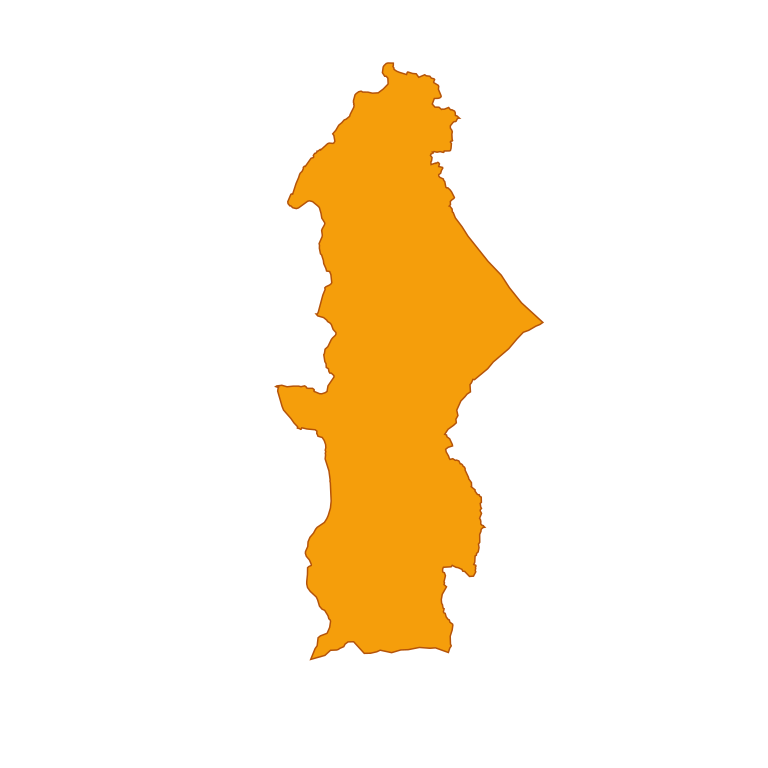 South East Malekula, Malampa, Vanuatu, rotated 232°
{"feature_id": "77236927B5490091431503", "entity_name": "South East Malekula", "entity_type": "district", "adm_level": 2, "iso_a3": "VUT", "parent_name": "Vanuatu", "parent_adm1": "Malampa", "projection": "albers", "projection_center": [167.679, -16.314], "detail": "fine", "context": "isolated", "style": "filled", "palette": "amber", "viewbox_px": 768, "rotation_deg": 232, "n_neighbors": 0, "source": "geoboundaries", "source_scale": "gbopen_adm2", "svg_char_len": 6171}
<svg xmlns="http://www.w3.org/2000/svg" viewBox="0 0 768 768"><g transform="rotate(232 384 384)"><path d="M132.8,269.4L135.4,273.3L136.1,275.5L136.7,276.0L137.9,276.1L144.5,280.9L148.2,286.3L151.5,289.7L152.5,290.2L155.8,289.3L157.9,290.2L158.9,289.6L162.2,289.6L165.6,291.0L166.4,290.4L167.9,290.5L169.9,293.0L170.7,292.6L171.7,292.9L174.1,294.2L175.7,294.4L178.8,296.4L182.4,300.4L185.7,308.4L189.0,307.8L190.1,309.3L191.1,309.4L195.1,314.4L198.1,315.4L199.2,314.7L200.2,314.8L202.2,316.4L203.0,318.0L198.6,324.4L199.1,326.1L195.2,327.9L193.7,329.3L189.9,331.3L188.1,330.8L186.6,332.2L179.7,332.9L177.5,336.2L179.5,340.7L180.9,341.1L182.2,342.7L183.4,343.3L183.9,344.4L184.7,344.7L186.5,343.6L187.7,345.8L192.4,349.9L192.2,351.4L193.5,352.6L193.7,354.8L196.5,358.1L199.7,359.9L200.3,362.0L206.6,366.8L208.1,369.6L209.7,371.1L209.9,373.6L209.1,375.2L210.6,374.9L211.1,375.1L212.5,374.2L214.2,374.1L216.1,375.7L217.8,376.5L219.3,376.6L222.0,381.2L224.8,381.7L225.5,382.3L226.0,384.3L227.3,384.4L230.7,386.3L230.8,387.9L235.0,391.0L236.4,390.4L238.2,390.8L238.7,390.1L239.9,389.6L243.6,389.8L244.4,390.6L249.4,389.5L249.5,390.1L252.5,392.2L257.1,392.4L258.4,393.1L266.2,394.9L267.3,395.8L268.9,396.2L270.7,395.7L271.8,396.0L273.3,395.8L274.1,395.0L277.3,395.6L279.4,394.3L279.9,393.2L282.8,392.2L283.9,389.6L285.6,389.8L287.4,390.5L292.2,391.2L294.6,392.4L294.6,395.6L293.0,399.9L294.3,400.6L300.4,402.0L303.7,401.1L305.3,401.9L307.0,400.9L308.9,406.7L308.6,413.4L308.9,417.1L312.0,419.0L313.6,422.8L318.6,425.2L323.3,434.1L324.2,440.3L324.9,443.2L324.6,447.3L330.6,451.4L331.1,453.6L332.9,456.9L331.7,458.0L332.2,475.1L334.1,483.7L335.0,504.0L337.6,516.3L339.0,525.6L337.2,531.1L336.1,539.2L334.9,543.5L334.7,547.1L363.3,542.3L382.8,542.1L397.6,543.4L416.4,541.5L448.9,541.2L459.8,542.3L471.0,542.5L476.5,544.1L477.5,543.8L480.0,545.4L483.6,545.4L484.1,545.0L484.4,546.8L487.0,548.6L487.3,550.6L487.2,553.3L487.6,554.3L493.7,555.5L496.1,555.6L499.3,555.1L499.9,554.2L501.0,553.9L506.1,556.5L507.8,556.4L509.0,557.0L512.5,555.2L514.2,555.2L515.3,556.0L515.2,558.4L516.9,560.7L517.9,563.2L518.6,563.5L521.7,561.0L523.3,563.2L525.0,563.2L525.7,562.6L525.8,560.7L526.4,560.6L527.9,556.2L530.2,557.7L530.5,558.8L532.9,561.3L535.5,561.3L536.3,562.6L536.0,563.4L536.3,564.2L535.9,564.7L536.7,565.0L536.1,565.3L536.4,566.5L534.0,568.5L532.6,571.3L530.0,573.3L529.9,574.1L530.5,574.7L530.4,575.1L527.5,578.9L527.1,580.1L528.5,582.0L532.0,585.2L533.8,585.2L534.2,585.9L533.5,587.5L533.6,587.9L534.8,588.3L539.1,591.3L540.7,593.1L542.3,593.7L544.7,593.8L546.6,595.2L547.6,599.3L547.6,600.7L546.8,601.9L546.7,602.7L547.8,604.8L547.8,606.1L547.0,607.1L550.2,606.6L551.6,605.6L554.0,607.2L555.6,607.6L558.4,606.3L558.7,605.6L559.6,605.2L562.1,605.2L563.5,600.5L564.5,599.5L564.9,598.4L568.3,597.7L570.8,594.6L574.9,594.4L578.0,599.4L575.8,602.5L575.1,604.1L575.2,605.9L576.2,606.5L582.7,608.3L584.9,610.4L586.0,610.6L590.8,608.8L591.4,609.0L592.7,611.3L593.7,611.3L595.9,609.6L598.3,609.6L600.9,607.0L602.6,606.5L604.3,600.2L608.6,600.4L611.1,597.7L615.2,594.9L615.2,594.1L614.0,592.3L620.0,588.1L622.6,586.6L625.7,585.6L627.0,586.4L628.7,586.5L629.2,587.4L631.1,588.9L634.5,584.8L635.2,583.1L634.9,580.1L634.3,578.5L630.3,574.4L626.1,574.0L625.1,575.2L622.6,575.3L618.2,572.2L617.8,571.5L616.9,565.1L617.0,558.7L620.3,553.9L623.8,551.1L627.2,546.9L628.5,546.5L629.0,546.0L629.9,543.9L630.0,540.9L629.7,539.2L626.1,534.4L624.4,533.1L623.6,533.0L622.9,532.2L622.1,532.1L620.7,530.6L617.3,523.4L616.1,521.7L616.0,517.2L616.6,515.2L615.9,511.6L615.8,507.7L613.6,502.2L612.7,497.6L610.7,497.5L605.5,494.7L604.8,492.8L605.0,491.9L607.6,489.1L608.1,487.5L607.4,478.1L608.1,478.1L608.2,475.0L608.7,474.7L608.0,473.5L607.9,472.1L608.4,471.3L607.6,469.0L606.2,468.4L605.9,467.8L606.8,465.5L603.9,455.9L604.6,455.4L604.4,453.8L603.3,452.9L602.0,450.4L601.7,447.8L601.1,446.5L599.3,443.9L596.1,438.1L589.5,428.4L590.4,428.9L590.8,427.4L586.9,420.4L585.2,419.4L582.3,419.5L581.9,420.2L579.1,420.6L576.2,422.9L575.4,425.0L575.0,436.4L574.2,438.1L571.7,440.0L565.4,441.4L562.9,441.7L557.2,439.4L553.0,437.1L547.9,436.6L546.9,436.2L546.0,434.9L544.3,430.8L543.4,429.4L539.2,427.0L538.1,425.8L534.6,419.3L533.1,418.6L530.7,416.6L525.7,414.1L524.1,414.3L518.7,412.3L515.9,410.6L510.7,409.3L508.4,408.3L506.1,410.4L502.9,409.5L496.0,405.2L495.5,403.8L495.5,402.1L496.4,398.1L496.2,396.5L494.8,395.9L491.7,390.5L481.0,376.3L480.2,374.5L480.9,373.6L478.5,373.7L473.5,377.3L469.5,378.2L468.0,378.0L465.3,379.0L463.3,379.1L458.3,377.5L454.2,377.8L452.9,376.9L452.3,375.6L452.0,372.0L451.5,369.9L448.0,362.8L447.7,359.0L444.7,355.8L444.2,354.6L438.1,351.2L435.6,350.8L432.6,348.7L430.3,349.6L427.8,348.3L426.0,348.0L424.9,349.2L421.5,349.7L420.3,348.9L417.0,338.7L413.2,334.5L413.4,332.2L414.6,328.9L416.0,327.3L421.1,324.4L421.8,324.5L421.9,325.0L422.6,325.5L424.6,325.0L427.4,321.4L428.6,320.6L429.8,320.9L431.4,320.3L433.0,316.9L434.9,315.4L438.1,311.3L441.5,305.9L445.9,302.7L448.5,298.3L448.6,297.1L447.2,298.0L447.7,298.6L446.5,299.2L445.5,297.5L443.8,295.8L429.1,289.9L425.3,288.8L414.1,289.4L408.6,289.1L403.5,289.6L402.6,288.6L400.8,290.0L399.7,290.3L399.4,290.8L400.1,292.3L396.0,295.6L390.3,301.6L388.2,302.1L386.2,300.4L385.6,300.5L383.5,299.8L379.9,302.4L376.3,302.1L372.2,300.7L369.6,298.9L368.0,296.9L366.6,296.5L365.5,295.0L364.2,294.4L361.2,291.5L349.4,287.1L341.4,282.4L340.9,281.7L339.2,280.9L324.3,270.3L319.2,265.4L314.8,259.2L313.1,256.0L311.6,251.8L312.2,243.1L311.7,240.8L309.9,236.7L308.8,231.3L306.4,227.0L302.9,223.9L300.3,219.0L299.0,217.8L296.0,216.7L291.3,216.9L286.7,215.7L285.8,215.0L286.4,212.5L286.3,210.7L281.0,206.4L275.9,201.5L274.0,200.0L270.6,198.4L265.9,198.2L257.8,199.5L254.8,198.8L248.7,196.4L244.9,196.5L242.1,197.9L235.8,197.2L233.0,196.0L231.1,196.3L229.9,195.8L225.7,191.4L222.8,186.1L222.7,185.3L224.7,178.8L224.6,175.8L218.9,170.2L217.9,166.8L212.1,156.7L206.5,170.4L207.1,177.9L203.5,183.0L202.9,184.8L202.9,186.3L201.8,190.6L203.0,193.2L202.9,196.9L199.6,201.4L183.9,202.6L180.1,207.7L177.4,213.5L176.6,217.1L167.6,224.6L164.1,233.5L159.7,239.6L154.6,249.7L147.5,257.5L144.4,262.1L132.8,269.4Z" fill="#f59e0b" stroke="#b45309" stroke-width="1.5"/></g></svg>